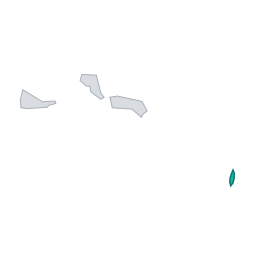 where Grand Turk sits in Turks and Caicos Islands, rotated 4°
{"feature_id": "TCA-5007", "entity_name": "Grand Turk", "entity_type": "state/province", "adm_level": 1, "iso_a3": "TCA", "parent_name": "Turks and Caicos Islands", "parent_adm1": "", "projection": "mercator", "projection_center": [-71.14, 21.473], "detail": "fine", "context": "in_parent", "style": "filled", "palette": "teal", "viewbox_px": 256, "rotation_deg": 4, "n_neighbors": 0, "source": "natural_earth", "source_scale": "10m", "svg_char_len": 658}
<svg xmlns="http://www.w3.org/2000/svg" viewBox="0 0 256 256"><g transform="rotate(4 128 128)"><path d="M141.4,113.8L140.7,116.4L130.5,108.9L110.9,108.9L107.8,98.6L115.3,96.9L140.1,100.5L145.8,109.5L141.4,113.8ZM20.3,97.1L40.9,107.8L53.3,106.2L54.3,108.5L47.6,110.9L46.0,112.9L26.1,115.7L19.9,115.2L18.6,107.9L20.3,97.1ZM102.0,99.2L98.8,101.2L88.4,94.5L86.9,89.2L83.1,88.9L76.9,84.1L78.4,77.8L92.7,77.5L98.4,94.9L102.0,99.2Z" fill="#d9dde1" stroke="#a8b0b8" stroke-width="1"/><path d="M235.7,162.6L237.1,165.6L237.4,170.6L236.5,175.6L234.5,178.5L233.3,174.8L233.4,170.5L234.4,166.2L235.7,162.6Z" fill="#14b8a6" stroke="#0f766e" stroke-width="1.5"/></g></svg>